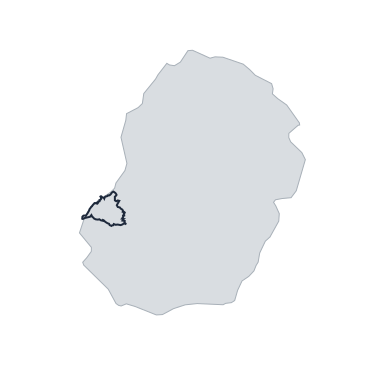 Gevgelija, Gevgelija, North Macedonia shown in context, rotated 131°
{"feature_id": "65306769B17532316382540", "entity_name": "Gevgelija", "entity_type": "district", "adm_level": 2, "iso_a3": "MKD", "parent_name": "North Macedonia", "parent_adm1": "Gevgelija", "projection": "equal_earth", "projection_center": [22.386, 41.253], "detail": "medium", "context": "in_parent", "style": "outline", "palette": "slate", "viewbox_px": 384, "rotation_deg": 131, "n_neighbors": 0, "source": "geoboundaries", "source_scale": "gbopen_adm2", "svg_char_len": 2933}
<svg xmlns="http://www.w3.org/2000/svg" viewBox="0 0 384 384"><g transform="rotate(131 192 192)"><path d="M175.2,103.7L181.0,104.4L193.6,100.9L201.5,96.1L205.5,95.4L210.9,93.5L218.5,93.8L226.3,95.9L236.2,93.1L245.9,88.6L249.7,89.7L253.9,93.5L256.7,94.6L272.8,114.9L281.6,123.1L292.1,129.4L303.9,133.9L308.2,138.3L315.8,160.0L319.5,168.2L324.5,170.7L325.7,173.0L326.0,176.2L320.3,191.4L318.2,225.7L316.7,228.4L310.8,228.3L302.9,229.0L299.8,231.6L296.7,250.1L284.0,255.4L272.4,258.4L262.7,257.7L245.5,253.3L239.9,252.9L235.1,255.3L219.8,256.7L213.1,259.9L197.3,281.5L181.3,289.0L175.8,292.8L163.6,288.0L157.8,287.5L149.3,293.0L130.7,293.6L125.7,294.6L111.4,295.4L110.9,292.4L108.2,288.1L101.6,286.0L88.0,287.8L84.7,284.6L79.2,266.2L74.9,263.3L70.0,257.1L61.9,237.2L61.8,228.4L62.4,220.8L58.0,203.0L60.9,198.5L65.2,195.7L65.3,188.5L64.2,177.6L69.4,156.3L70.8,154.7L72.1,155.7L84.2,157.4L87.4,154.7L89.4,150.5L90.2,134.9L93.2,127.7L122.7,114.1L131.3,113.5L137.9,119.8L143.1,123.9L146.3,123.7L147.5,119.7L151.1,111.9L157.1,107.4L175.0,103.6L175.2,103.7Z" fill="#d9dde1" stroke="#a8b0b8" stroke-width="1"/><path d="M251.3,232.0L251.0,233.1L251.3,235.0L251.0,236.3L252.0,238.2L251.3,240.1L246.4,241.1L247.1,242.5L248.7,243.1L248.9,244.7L246.2,247.1L244.1,246.9L243.5,247.3L243.0,249.2L243.2,251.5L243.5,251.6L243.9,251.8L244.6,252.0L245.8,252.1L246.5,251.9L247.6,251.9L248.8,252.2L249.2,252.5L249.3,252.8L249.6,253.2L249.9,253.3L250.5,253.2L250.8,253.3L251.6,253.8L252.3,254.4L252.8,254.4L253.4,254.4L253.7,254.2L254.0,254.1L254.5,253.9L254.3,254.4L254.2,254.9L254.3,255.0L254.5,255.2L254.9,256.0L254.9,256.4L254.8,256.8L254.8,257.3L254.9,257.9L255.5,258.1L255.6,257.8L256.1,256.8L257.0,256.1L257.3,256.0L257.5,256.0L258.0,256.2L258.6,256.4L258.8,256.5L259.0,256.2L259.2,255.8L259.4,255.8L259.8,255.7L260.5,256.2L260.9,256.5L261.7,256.1L261.8,255.9L262.1,255.8L262.8,255.8L263.1,255.9L263.1,256.0L262.9,256.4L262.8,256.8L262.9,257.0L263.2,257.2L263.6,257.3L264.1,257.7L264.1,258.0L264.3,258.3L264.8,258.3L266.6,258.3L267.5,258.3L267.8,258.3L268.2,258.1L268.5,258.1L269.1,258.3L269.6,258.3L270.1,258.2L271.1,258.1L271.9,258.1L272.8,257.7L273.8,257.4L277.1,256.8L279.6,256.6L279.7,256.9L280.4,257.8L280.9,258.3L281.1,258.4L282.3,258.5L282.5,258.5L284.2,257.3L284.0,256.7L282.0,255.9L277.6,252.7L275.4,252.8L276.2,250.9L276.0,249.9L276.3,248.6L275.8,246.7L274.5,244.8L273.4,244.1L273.2,242.3L272.1,240.2L271.5,240.7L271.3,240.2L271.4,237.7L271.0,235.2L270.4,233.8L271.0,232.4L270.4,230.5L269.6,230.4L268.7,229.6L267.5,230.0L266.9,228.2L265.3,226.7L263.8,224.1L261.9,223.1L260.5,222.9L259.9,222.3L259.9,221.4L259.5,221.3L259.4,221.7L259.5,222.6L258.0,223.8L259.1,225.6L258.4,225.6L258.1,226.2L257.3,226.0L258.0,227.2L257.0,227.1L256.8,227.6L255.9,227.6L255.2,228.4L254.2,227.7L254.0,227.9L254.3,228.3L254.1,228.7L252.8,229.4L252.2,229.1L251.6,229.3L251.6,230.4L252.4,231.3L251.3,232.0Z" fill="none" stroke="#1e293b" stroke-width="2"/></g></svg>